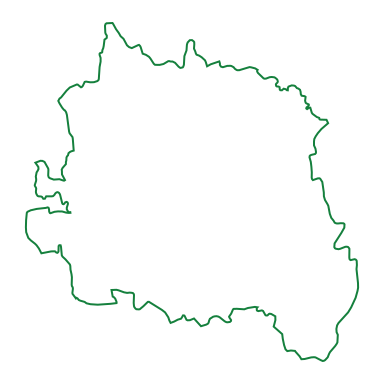 Tan Yen, Bắc Giang, Vietnam
{"feature_id": "81297802B62704406726497", "entity_name": "Tan Yen", "entity_type": "district", "adm_level": 2, "iso_a3": "VNM", "parent_name": "Vietnam", "parent_adm1": "Bắc Giang", "projection": "natural_earth1", "projection_center": [106.095, 21.389], "detail": "fine", "context": "isolated", "style": "outline", "palette": "green", "viewbox_px": 384, "rotation_deg": 0, "n_neighbors": 0, "source": "geoboundaries", "source_scale": "gbopen_adm2", "svg_char_len": 5812}
<svg xmlns="http://www.w3.org/2000/svg" viewBox="0 0 384 384"><path d="M337.8,334.8L336.6,332.2L336.4,328.9L337.1,325.4L338.5,323.0L348.1,312.4L351.2,307.3L355.6,297.8L357.5,291.0L358.1,287.7L358.0,283.1L356.5,269.1L356.9,265.1L356.7,260.9L356.3,260.1L355.6,259.5L354.5,259.2L350.7,260.1L350.0,259.7L349.5,259.0L349.3,257.4L349.4,248.8L348.7,247.7L348.0,247.0L346.8,246.7L345.3,246.8L340.2,248.8L338.5,249.2L335.7,248.7L334.9,248.2L334.3,247.1L334.6,243.4L341.3,233.0L344.3,227.7L344.5,224.4L344.2,223.8L343.4,223.3L340.7,223.2L337.9,223.5L336.3,223.4L334.7,222.7L333.5,220.6L331.3,217.9L329.8,213.8L328.3,205.8L327.4,204.0L325.0,200.0L323.9,196.3L323.8,192.4L322.3,182.0L320.2,178.7L319.4,178.3L317.8,178.4L312.9,180.1L312.0,179.0L311.7,177.6L311.8,172.3L311.4,166.9L310.8,161.9L309.5,157.3L309.7,156.0L310.1,155.5L311.3,154.9L315.1,154.0L315.9,153.0L316.0,152.0L315.5,148.8L314.0,145.4L314.0,141.4L314.3,139.0L315.7,136.3L317.8,133.2L321.5,128.9L328.1,123.2L326.5,119.8L320.1,119.6L319.5,119.2L319.2,117.9L316.8,117.0L312.6,113.9L311.8,112.8L310.3,107.7L309.2,107.7L307.1,109.1L306.3,108.5L306.5,107.5L308.4,105.9L308.9,105.0L308.7,104.4L306.2,103.3L305.6,102.6L305.1,100.7L305.6,96.9L304.7,96.2L301.6,95.7L300.8,94.1L300.6,91.8L300.0,89.8L298.4,88.6L296.9,88.1L295.2,86.1L294.0,85.6L291.7,85.4L288.5,86.6L287.9,87.9L287.8,90.3L286.9,90.2L285.7,89.2L283.7,88.7L281.9,90.3L280.3,90.2L279.8,89.6L279.7,88.9L279.6,87.2L278.7,86.6L276.7,86.4L276.1,85.8L275.9,84.3L276.2,83.7L277.3,82.7L277.7,82.0L277.8,81.3L277.3,79.7L276.7,79.0L275.1,77.7L274.3,77.3L271.7,77.0L269.7,77.2L266.0,78.6L264.6,78.7L263.6,78.4L258.0,73.0L257.3,71.8L257.1,71.2L257.2,70.4L257.6,69.9L255.2,68.4L251.0,67.3L249.5,67.1L239.2,70.2L237.3,70.2L236.5,69.9L234.9,68.8L233.6,67.2L231.4,66.0L230.3,65.8L227.2,65.9L222.9,67.2L221.1,66.7L220.2,65.5L219.9,64.8L219.9,63.3L219.3,61.4L210.7,64.3L207.1,66.3L205.8,62.1L205.0,60.3L201.6,57.2L199.1,55.6L196.6,54.7L195.9,53.6L195.3,51.5L194.0,48.6L194.3,44.2L194.2,42.1L193.6,41.3L192.0,40.1L189.8,40.2L187.7,42.4L187.2,43.7L186.9,44.9L186.5,50.4L184.4,56.1L183.9,64.8L183.2,66.8L182.7,67.4L180.6,67.9L180.1,67.8L178.6,66.7L175.1,62.8L172.5,61.5L170.7,61.5L169.1,61.1L168.2,61.2L163.5,64.0L159.6,64.9L155.0,64.8L153.8,63.8L150.4,58.5L149.0,56.8L145.9,54.8L142.7,53.7L140.7,47.2L140.1,46.0L139.0,44.9L138.2,45.1L131.8,48.1L129.1,47.1L127.0,45.3L123.5,38.8L120.6,36.2L118.8,33.0L116.1,29.3L113.3,24.2L112.5,23.0L106.5,23.3L105.5,24.1L105.0,25.7L105.3,32.6L105.6,33.7L106.8,35.6L106.8,37.4L106.6,38.1L104.5,39.6L103.7,46.0L103.2,48.3L102.4,50.1L102.2,52.2L101.8,52.6L100.1,53.1L99.6,53.7L99.6,54.9L100.6,57.9L100.6,61.6L99.6,67.0L98.8,79.1L98.4,80.2L97.3,81.1L93.9,82.2L90.2,82.3L86.1,81.6L84.7,81.9L82.8,85.9L81.8,87.0L81.0,87.3L77.7,84.6L76.8,84.5L69.8,87.5L66.5,90.7L61.1,97.4L59.5,98.6L58.3,100.9L59.5,103.4L62.1,107.6L63.9,109.8L64.9,110.4L66.1,112.2L66.9,114.9L69.1,131.6L69.6,133.3L72.5,137.1L72.8,138.8L73.7,150.6L71.3,151.3L69.9,152.0L68.5,153.2L68.0,155.3L67.0,156.4L66.5,157.5L66.3,160.6L65.9,162.0L65.9,164.1L62.6,167.9L61.7,169.7L61.9,170.9L62.0,174.5L65.0,180.1L64.3,180.6L63.5,180.6L59.4,179.2L53.8,179.6L50.1,178.3L48.8,177.4L48.4,176.3L48.2,175.4L48.4,169.8L48.2,168.5L44.5,161.9L42.4,160.9L40.4,160.8L35.4,162.7L38.3,166.9L38.5,169.0L37.7,170.7L36.6,172.4L35.8,176.6L36.2,179.2L36.1,180.9L34.8,185.0L34.8,185.7L36.0,187.8L36.2,188.6L35.9,191.7L36.0,192.8L36.7,194.6L37.6,195.9L38.5,196.3L41.1,196.5L42.0,196.9L43.3,198.8L44.9,198.7L46.2,196.3L52.0,196.3L53.1,196.1L54.4,194.9L55.3,193.4L56.1,192.7L57.1,192.2L57.8,192.2L58.9,192.8L59.6,193.7L60.1,194.8L62.2,203.2L62.7,204.0L63.5,204.2L64.2,203.8L65.3,202.3L66.7,201.9L67.5,202.4L67.9,203.2L67.9,204.1L66.8,207.6L66.8,209.3L67.8,211.2L68.7,212.0L69.8,212.3L70.3,212.2L70.4,212.8L68.5,212.9L66.1,212.6L62.2,211.5L58.0,211.4L54.5,211.8L50.5,213.2L50.0,213.1L49.6,212.6L49.2,211.6L49.0,209.2L48.8,208.5L48.5,207.7L47.5,207.4L45.9,207.9L36.8,208.9L30.7,210.3L27.5,211.8L26.8,212.9L26.1,220.2L25.9,227.4L26.2,232.2L28.3,237.9L30.8,240.4L35.0,243.7L36.6,245.3L38.9,248.5L41.4,253.3L51.2,251.4L54.9,251.3L56.4,252.6L57.5,252.8L58.2,252.1L58.5,251.3L58.6,246.1L59.3,245.2L60.6,245.3L61.0,246.8L61.8,255.3L62.5,256.6L65.5,259.4L69.9,264.5L70.3,265.9L70.5,269.7L71.5,274.2L71.9,277.2L71.7,284.7L71.9,286.0L72.7,287.3L72.9,288.8L72.4,292.8L72.5,293.8L75.8,298.3L76.1,297.7L77.4,298.3L78.8,300.0L80.4,300.7L84.6,301.9L86.5,303.3L90.4,304.2L97.7,304.7L110.7,303.8L116.5,303.1L116.6,302.3L116.4,301.5L115.2,298.6L113.8,297.1L112.7,296.6L111.5,290.0L116.4,289.8L118.5,290.3L124.0,292.3L127.1,292.9L129.8,292.6L131.6,292.8L132.8,293.0L133.8,294.1L134.0,295.0L133.7,303.0L134.0,306.1L134.4,307.2L135.5,308.6L136.3,309.2L138.9,309.4L139.8,309.2L143.4,306.2L147.8,301.9L148.9,301.8L161.9,309.9L165.1,312.4L168.3,317.3L169.4,320.6L170.6,322.9L174.1,321.6L177.7,319.7L181.0,318.7L181.8,317.6L183.0,315.4L183.9,315.4L184.4,315.6L184.7,316.1L186.5,319.8L187.5,320.3L189.9,320.2L194.0,318.5L201.0,326.2L206.3,324.6L207.9,323.7L208.6,322.7L209.1,320.7L209.9,318.8L213.2,316.7L214.9,316.3L216.6,316.2L218.4,316.6L219.7,317.3L224.7,321.3L226.2,322.1L227.2,322.3L229.8,322.0L230.9,321.1L231.1,320.1L229.3,317.4L229.1,316.6L231.2,313.6L233.0,309.4L233.7,308.9L236.8,308.8L244.3,309.3L247.9,308.0L254.9,306.9L257.4,307.3L257.0,307.7L256.7,308.7L256.9,310.4L257.4,310.8L258.4,311.1L261.9,310.4L263.1,311.0L265.4,315.1L266.1,315.5L267.5,315.4L268.9,314.0L269.7,313.7L271.3,314.0L275.3,316.3L275.4,320.1L273.7,326.6L282.2,334.1L282.8,338.9L284.1,345.1L285.5,349.3L287.3,351.1L290.9,350.5L295.0,350.9L295.6,351.8L299.6,356.3L301.4,359.2L304.6,359.0L311.2,357.4L314.0,357.2L315.5,357.4L321.3,360.4L322.8,361.0L324.1,360.7L325.1,360.1L327.7,357.3L329.1,353.8L330.0,352.1L335.2,346.0L336.7,343.8L337.4,342.4L337.8,334.8Z" fill="none" stroke="#15803d" stroke-width="2"/></svg>